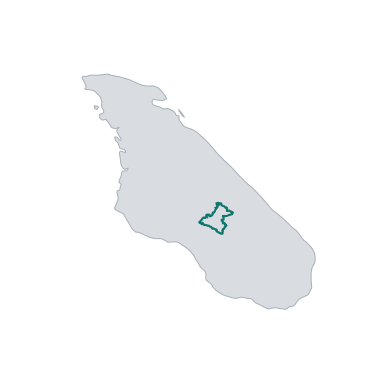 Ambatofinandrahana, Amoron'i Mania, Madagascar shown in context, rotated 298°
{"feature_id": "10022922B11162683268422", "entity_name": "Ambatofinandrahana", "entity_type": "district", "adm_level": 2, "iso_a3": "MDG", "parent_name": "Madagascar", "parent_adm1": "Amoron'i Mania", "projection": "mercator", "projection_center": [46.283, -20.456], "detail": "fine", "context": "in_parent", "style": "outline", "palette": "teal", "viewbox_px": 384, "rotation_deg": 298, "n_neighbors": 0, "source": "geoboundaries", "source_scale": "gbopen_adm2", "svg_char_len": 8361}
<svg xmlns="http://www.w3.org/2000/svg" viewBox="0 0 384 384"><g transform="rotate(298 192 192)"><path d="M248.3,48.8L249.3,51.1L250.4,53.2L253.9,58.5L255.4,60.5L256.7,62.6L257.4,66.9L259.6,73.6L261.7,83.7L262.4,94.0L263.0,98.7L264.7,103.2L267.4,107.8L268.2,113.0L266.6,118.3L264.2,123.4L263.6,124.3L262.5,125.6L262.0,125.5L260.0,124.3L258.5,122.1L256.5,117.1L255.8,114.6L255.0,114.2L252.6,114.4L251.0,116.0L250.7,117.0L251.0,119.8L251.7,122.3L251.9,124.9L252.0,128.2L252.6,129.1L253.5,130.0L254.5,132.1L254.7,137.2L254.1,139.7L252.4,141.9L252.5,143.2L253.1,144.4L252.6,145.2L250.4,146.1L249.5,147.0L248.3,149.2L246.4,153.8L246.2,156.1L247.4,163.3L247.0,168.4L244.6,178.1L243.2,182.7L241.2,188.2L238.2,195.5L235.2,204.7L232.7,214.2L230.8,219.9L228.7,225.5L225.7,235.5L223.3,245.7L219.6,256.9L214.5,269.4L213.9,271.1L212.9,277.5L211.7,283.1L210.3,288.7L207.5,297.9L207.2,300.7L206.5,303.4L203.8,309.2L202.6,311.4L201.8,313.7L201.3,316.6L200.5,319.4L198.5,324.6L195.5,329.0L193.4,330.6L189.0,333.0L186.8,333.5L181.8,333.5L177.0,334.9L172.0,337.5L167.1,340.4L165.3,341.8L163.3,342.7L156.9,342.8L155.0,342.2L148.6,337.3L146.1,336.5L141.4,335.8L140.0,335.4L138.7,334.8L136.8,332.2L133.1,330.1L132.2,329.4L131.6,327.9L131.2,326.3L130.3,324.5L129.5,321.2L128.3,318.8L124.8,314.6L124.5,313.3L124.2,308.8L124.3,305.8L124.0,300.4L124.4,297.8L125.6,295.5L125.1,293.0L123.8,290.3L123.3,287.6L122.4,285.1L118.7,280.7L117.9,278.5L117.3,276.2L115.9,269.2L115.8,266.8L116.0,261.6L116.5,258.9L117.3,257.1L117.6,255.7L118.1,254.5L119.0,253.6L119.6,252.4L120.9,245.8L122.6,244.4L125.2,243.5L127.2,241.8L128.4,239.5L129.6,234.7L132.8,230.0L133.9,227.5L136.5,223.8L138.8,218.5L139.5,216.0L140.0,213.5L140.6,207.9L141.0,205.2L140.9,202.4L139.6,199.6L136.5,194.5L136.4,193.6L136.6,189.8L136.4,187.1L135.2,184.4L133.7,181.8L132.3,177.0L131.6,169.1L131.7,166.3L131.3,163.7L130.2,161.3L131.0,157.1L140.3,141.9L140.6,140.1L140.3,135.5L140.4,132.8L140.8,131.8L141.5,131.2L143.1,131.0L150.6,130.3L151.6,129.8L153.5,128.6L156.1,126.1L157.2,125.4L158.3,125.6L158.9,126.7L159.8,127.3L162.8,126.2L164.0,126.1L165.2,126.3L165.7,125.3L166.1,123.9L166.5,122.9L167.3,122.4L171.2,122.1L173.7,121.7L177.0,120.7L177.7,120.9L180.3,124.4L181.1,124.7L182.1,124.8L183.0,124.2L180.8,122.4L180.5,121.4L180.6,120.2L181.8,117.7L183.7,115.8L187.9,112.9L192.3,109.6L193.5,109.4L194.6,109.9L195.4,113.8L195.3,114.5L196.0,114.6L196.8,114.1L197.6,112.5L197.6,111.2L197.0,109.9L196.7,108.8L196.7,107.9L198.9,105.5L200.7,103.3L201.5,100.7L202.2,99.5L204.0,98.1L204.6,98.3L205.0,99.4L205.2,100.6L204.7,101.8L204.1,102.9L203.8,104.5L204.8,104.8L205.8,104.4L207.2,101.6L208.9,99.0L209.9,97.6L211.1,96.6L213.1,96.8L215.1,97.4L211.9,94.6L211.1,90.8L214.9,84.2L214.9,82.9L215.5,82.4L215.8,81.9L213.8,79.7L213.4,78.6L213.7,76.9L214.6,75.4L215.5,74.4L216.7,74.0L217.7,74.6L219.8,76.4L221.2,76.7L223.0,74.9L224.4,72.7L226.5,71.2L229.0,70.3L232.7,66.9L235.1,59.7L235.3,57.6L234.7,55.1L233.9,52.6L232.4,49.6L232.8,49.0L234.8,49.4L235.5,48.9L237.7,46.3L241.3,41.2L242.5,41.2L243.5,42.1L243.9,43.5L244.6,44.6L247.1,47.0L248.3,48.8ZM223.1,69.0L223.1,69.8L220.3,69.4L219.9,66.7L221.2,66.6L221.5,65.5L222.4,65.4L223.3,67.8L223.1,69.0ZM256.7,146.3L254.3,150.4L255.0,147.0L257.8,142.1L258.5,141.8L256.7,146.3Z" fill="#d9dde1" stroke="#a8b0b8" stroke-width="1"/><path d="M178.7,215.8L178.4,215.4L178.2,215.4L178.1,215.5L178.2,215.8L177.9,216.2L177.6,216.2L177.3,216.4L177.1,216.6L176.8,217.1L176.7,217.2L176.5,216.8L176.6,216.6L176.6,216.3L176.4,216.1L176.2,215.9L175.7,215.9L175.4,215.8L175.4,215.4L175.2,215.4L175.1,214.6L174.8,214.1L174.1,214.2L173.7,213.7L173.4,213.7L173.2,213.6L172.9,213.6L172.5,213.7L172.2,213.7L171.6,213.6L171.4,213.3L170.8,213.0L170.7,213.0L170.5,213.3L170.2,213.3L169.6,213.3L169.1,212.8L168.8,212.6L168.6,212.9L168.5,213.0L168.7,213.3L168.3,213.7L168.3,214.1L168.5,214.8L168.8,215.2L169.2,215.3L169.3,215.4L169.0,215.6L169.1,215.9L169.3,216.1L169.0,216.2L168.8,216.4L168.6,216.4L168.5,216.2L168.4,216.2L168.6,216.7L168.6,216.8L168.7,217.1L168.8,217.2L168.7,217.3L168.7,217.5L168.6,218.1L168.9,218.2L168.8,218.7L168.9,219.0L169.2,219.3L169.4,219.8L169.3,220.0L169.4,220.3L169.6,220.8L169.6,221.1L169.5,221.3L169.7,221.5L169.7,221.8L169.6,222.1L169.8,222.3L170.0,222.7L170.2,222.8L169.9,223.8L169.8,224.0L169.9,224.3L170.0,224.4L170.0,224.6L170.0,224.9L170.1,225.0L170.0,225.3L170.1,225.6L170.0,225.8L169.8,225.9L169.8,226.0L169.9,226.5L169.7,226.9L169.6,227.0L169.2,227.1L169.1,227.3L169.2,227.5L169.8,227.9L169.8,228.1L170.0,228.5L169.9,228.8L170.0,229.0L170.0,229.3L169.9,229.7L170.0,230.0L170.1,230.6L170.3,230.8L170.3,231.0L170.3,231.3L169.9,231.3L169.2,231.5L169.1,231.8L169.1,232.0L169.2,232.3L168.9,232.5L169.0,232.7L168.8,233.0L168.9,233.3L168.9,233.8L168.7,234.1L168.7,234.3L168.8,234.5L169.0,235.0L168.7,235.4L168.9,235.6L169.0,235.9L168.9,236.1L169.0,236.6L168.9,236.9L169.1,236.9L169.3,237.3L169.3,237.6L169.1,237.9L169.3,238.2L169.5,238.3L169.7,238.5L170.1,238.4L170.3,238.2L170.5,238.2L170.8,238.0L171.1,238.0L171.4,237.8L171.6,237.8L171.7,237.6L171.9,237.0L172.0,237.0L172.3,237.1L172.4,236.9L172.5,236.9L172.7,237.1L172.9,237.1L173.2,236.8L173.3,236.7L173.6,236.7L173.8,236.8L173.8,237.0L174.7,237.7L175.1,237.6L175.3,237.6L175.3,237.4L175.5,237.4L175.9,237.2L176.2,237.3L176.3,237.3L176.8,237.7L177.0,237.6L177.6,237.7L177.9,238.0L178.1,238.1L178.4,238.2L178.7,237.6L179.0,237.5L179.0,236.7L178.9,236.5L178.5,236.8L178.4,236.7L178.8,236.2L179.0,236.2L179.2,236.3L179.4,236.2L179.5,236.1L179.6,235.8L179.5,235.7L179.4,235.5L179.5,235.4L179.2,235.2L179.3,235.0L179.4,234.9L179.4,234.7L179.3,234.4L179.1,234.1L179.5,234.0L179.6,233.8L179.8,233.9L179.8,233.6L179.7,233.5L179.8,233.4L179.7,233.3L179.8,233.1L180.2,232.8L180.5,232.6L180.6,232.3L180.6,232.2L180.8,232.3L181.1,231.7L181.2,231.8L181.5,231.6L181.7,232.4L182.0,232.3L182.6,232.8L182.8,232.6L182.9,232.4L183.3,232.4L183.8,232.1L184.0,231.8L184.4,231.6L184.6,231.2L184.9,230.8L185.0,230.8L185.1,231.2L185.5,230.8L185.7,231.2L185.7,231.5L185.9,232.1L186.0,232.1L186.1,232.4L186.5,232.5L186.6,233.1L187.0,233.8L187.4,234.1L187.6,234.4L187.8,234.5L188.0,234.7L188.6,234.9L188.8,235.3L189.0,235.4L189.1,235.6L189.3,235.6L189.6,236.0L189.9,237.0L189.9,236.9L190.1,236.8L190.4,236.7L190.6,236.9L190.8,237.6L191.4,237.9L191.6,237.8L191.6,237.6L191.9,237.4L192.0,237.3L192.3,237.6L193.0,237.8L193.1,237.6L193.0,237.4L192.9,237.2L192.7,237.1L192.7,236.9L193.0,236.8L193.2,236.6L193.2,235.9L192.9,235.7L192.9,235.3L192.7,235.3L192.7,235.1L192.8,234.7L193.2,234.0L193.2,233.8L193.2,233.6L192.7,233.3L192.6,233.0L192.2,232.8L192.1,232.6L191.8,232.2L191.7,231.7L191.8,231.6L192.2,231.6L192.7,231.1L192.9,231.1L193.0,231.2L193.8,230.5L194.1,230.6L194.3,230.5L194.3,230.4L194.3,230.0L194.5,229.9L194.6,229.6L194.5,229.4L194.3,229.3L194.1,229.0L193.8,229.0L193.8,228.8L193.9,228.6L194.1,228.0L194.4,227.7L194.4,227.1L194.5,226.9L194.4,226.6L194.4,226.3L194.3,226.2L194.1,225.7L194.0,225.3L194.2,225.0L194.2,224.7L194.5,224.7L194.8,224.6L195.1,224.6L194.9,224.5L195.0,224.2L194.8,224.2L194.9,223.8L194.8,223.7L194.7,223.4L194.8,223.3L195.0,223.3L195.1,223.1L195.5,223.0L195.4,222.7L195.2,222.0L194.9,221.8L194.7,221.5L194.9,221.3L195.0,220.6L194.9,220.5L194.7,220.3L194.4,219.8L194.0,219.9L193.9,219.9L193.8,219.7L193.8,219.2L193.6,219.0L193.4,219.2L193.2,219.2L193.2,219.5L192.9,219.5L192.7,220.0L192.6,220.3L192.3,220.4L192.4,220.6L192.2,220.5L191.9,220.8L192.0,220.9L191.8,221.1L191.9,221.3L191.6,221.2L191.4,221.0L191.3,220.8L191.0,221.1L190.9,221.3L191.0,221.4L190.9,221.5L190.6,221.3L190.6,221.5L190.1,221.5L190.1,221.3L189.8,221.3L189.7,221.2L189.6,220.8L189.4,220.8L189.2,220.6L189.3,220.4L189.2,220.3L189.1,220.5L189.2,221.0L189.3,221.1L189.1,221.3L188.6,221.3L187.8,221.1L187.6,220.9L187.4,220.9L187.0,220.9L186.8,221.0L186.2,221.2L185.8,221.1L185.6,221.2L185.1,221.2L184.5,221.2L184.4,221.0L184.5,220.9L184.3,220.7L184.2,220.9L183.9,220.8L183.6,220.8L183.3,220.7L183.1,220.5L183.1,220.1L182.9,220.1L182.7,220.4L182.3,220.4L181.9,220.6L181.7,220.6L181.6,220.8L181.4,220.8L180.6,220.3L180.3,220.4L180.2,220.3L179.6,219.9L179.3,219.8L179.0,219.3L179.0,218.6L179.4,218.6L179.6,218.7L179.8,218.6L179.7,218.4L179.8,218.2L179.7,218.2L179.4,218.0L179.4,217.7L179.2,217.4L179.2,217.2L179.6,217.3L179.7,217.2L179.7,216.9L179.4,216.6L179.4,216.3L179.3,216.2L179.1,215.9L178.9,215.9L178.7,215.8Z" fill="none" stroke="#0f766e" stroke-width="2"/></g></svg>